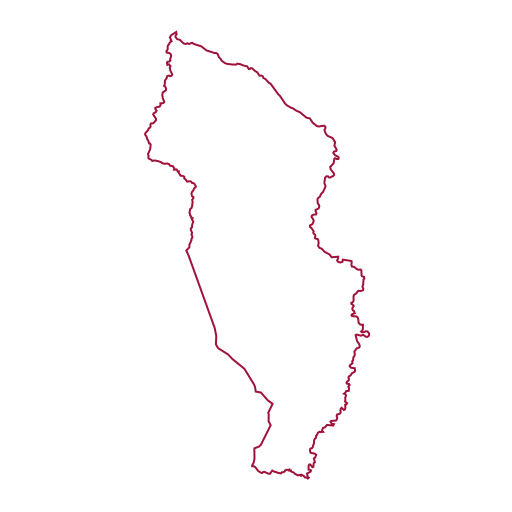 the district of Novo São Joaquim, Mato Grosso, Brazil, rotated 273°
{"feature_id": "56859067B6614921382651", "entity_name": "Novo São Joaquim", "entity_type": "district", "adm_level": 2, "iso_a3": "BRA", "parent_name": "Brazil", "parent_adm1": "Mato Grosso", "projection": "mercator", "projection_center": [-53.275, -15.062], "detail": "fine", "context": "isolated", "style": "outline", "palette": "rose", "viewbox_px": 512, "rotation_deg": 273, "n_neighbors": 0, "source": "geoboundaries", "source_scale": "gbopen_adm2", "svg_char_len": 6076}
<svg xmlns="http://www.w3.org/2000/svg" viewBox="0 0 512 512"><g transform="rotate(273 256 256)"><path d="M462.5,190.4L464.5,182.7L465.6,181.1L464.2,177.9L464.9,176.1L464.2,175.3L464.1,173.9L464.5,172.6L467.9,168.6L468.4,166.0L470.5,164.1L472.1,164.2L473.2,165.1L475.5,164.6L472.2,159.9L469.9,158.5L467.8,159.7L466.8,159.6L466.1,160.4L464.5,158.6L462.9,158.1L461.8,157.1L460.5,156.8L457.8,157.0L455.7,155.8L454.5,156.1L454.0,159.2L452.8,160.5L451.0,160.8L448.0,159.9L446.7,160.3L445.6,159.3L445.5,157.9L444.7,157.0L443.4,157.1L442.2,157.5L442.9,158.9L441.1,160.7L439.7,160.0L436.6,160.8L432.9,162.9L431.7,162.4L431.0,160.8L431.6,159.7L431.1,158.1L428.9,157.4L426.4,155.9L422.5,155.9L421.1,155.3L420.3,156.6L418.0,157.5L416.7,157.3L414.5,154.3L411.8,154.0L408.6,154.7L405.2,156.3L403.8,155.4L403.4,152.5L401.8,152.8L400.1,151.9L399.5,149.1L398.5,147.6L397.1,148.0L396.0,149.1L394.7,148.6L393.1,146.3L392.0,145.9L387.7,149.0L386.3,149.0L383.2,146.5L382.8,144.1L381.5,143.7L379.7,143.9L378.6,143.4L377.7,142.1L376.1,141.7L372.8,139.0L371.5,138.9L369.1,140.7L367.4,141.0L365.8,142.3L362.8,143.3L362.8,144.3L361.6,145.0L357.0,144.7L352.2,142.8L350.2,143.5L348.9,143.3L347.8,143.6L346.4,146.8L345.5,147.4L346.1,149.8L345.7,152.8L344.7,156.5L343.9,157.1L343.3,159.8L343.7,162.5L343.3,164.2L341.7,165.5L341.3,168.4L339.2,169.8L337.9,169.6L338.3,172.2L336.2,173.5L336.4,174.5L335.4,174.3L332.3,176.4L332.1,178.7L331.5,180.2L329.5,180.4L328.8,181.7L326.7,183.3L327.2,186.0L326.9,187.3L325.5,188.4L325.5,189.7L324.8,190.8L322.9,192.0L322.0,192.4L320.1,190.6L318.1,189.9L316.2,188.5L314.9,188.3L312.5,188.9L311.7,190.3L310.7,190.5L308.7,189.3L306.3,190.0L304.7,189.6L303.3,189.8L300.4,189.0L299.4,187.8L295.5,187.3L294.3,188.0L293.0,188.1L292.1,189.2L290.8,189.3L290.5,190.7L289.1,190.2L287.1,191.5L283.7,190.6L281.1,190.5L280.2,189.5L279.1,189.4L275.7,191.0L274.1,190.4L272.8,191.2L271.2,191.5L269.9,190.7L268.4,190.7L263.7,188.9L261.2,189.0L257.8,186.1L253.1,188.6L182.0,218.5L174.1,220.5L165.7,220.6L162.5,222.6L161.5,223.8L156.3,233.2L151.9,237.8L142.8,250.3L127.7,260.7L125.2,261.9L120.6,262.8L119.9,268.1L112.4,275.4L109.3,280.3L100.0,276.4L98.6,277.0L91.7,277.2L87.8,279.5L67.8,270.8L66.0,269.2L63.8,264.4L53.6,265.1L49.5,264.5L46.9,263.2L45.8,263.2L45.9,264.9L44.8,266.6L41.4,269.5L39.8,272.4L39.7,273.6L40.7,274.6L40.8,275.9L39.2,280.0L39.3,281.3L42.6,283.5L41.4,286.1L41.3,287.8L40.7,288.6L40.2,292.3L41.4,293.2L41.5,294.5L42.3,295.9L43.4,296.3L44.1,297.6L44.1,299.4L44.5,300.4L43.4,300.5L43.7,302.0L42.7,302.2L41.6,305.2L40.7,306.0L39.1,309.4L39.8,311.5L38.9,312.4L39.9,313.1L38.6,315.5L37.5,316.4L37.3,318.2L36.5,319.5L37.3,320.3L38.1,319.3L41.4,318.3L43.6,321.9L44.8,322.1L45.3,321.3L45.4,319.7L49.5,319.5L50.5,320.0L50.7,321.1L48.0,323.4L48.5,324.3L52.3,324.5L53.2,325.6L56.9,324.4L57.8,325.6L60.7,326.5L61.7,325.0L62.3,320.9L64.5,320.0L66.4,320.3L67.0,321.9L68.3,322.8L70.0,323.0L71.6,323.7L75.2,323.7L76.7,324.4L77.7,325.5L79.6,325.4L80.6,326.3L82.6,327.0L83.8,328.5L83.5,329.9L83.9,332.1L84.9,331.0L87.8,331.9L88.5,333.8L91.0,335.8L90.7,342.0L92.2,342.6L92.3,340.5L94.4,339.0L95.2,339.7L95.8,344.3L96.8,345.2L98.9,345.6L100.4,344.9L102.0,345.3L102.7,347.5L103.4,348.4L104.6,348.8L106.1,348.3L108.0,348.7L108.9,349.5L106.8,351.8L107.5,352.9L109.1,353.2L112.2,352.8L112.6,354.1L113.7,354.7L115.4,352.5L117.0,352.8L119.0,352.5L121.4,353.2L122.7,352.5L123.1,351.1L124.3,352.4L125.9,353.2L126.2,355.7L129.1,355.8L130.4,355.0L132.1,356.3L133.1,355.6L133.2,353.6L134.1,353.0L135.2,353.4L136.4,354.9L137.3,355.3L139.8,354.7L141.0,355.5L141.7,356.7L144.1,358.1L145.4,360.4L146.5,361.0L149.1,360.5L149.3,357.3L149.7,356.4L150.5,355.4L151.7,355.4L154.0,358.0L155.8,357.6L157.2,358.4L160.0,358.6L161.5,359.6L163.1,359.8L165.7,359.3L169.0,361.3L169.9,363.7L171.3,364.4L173.5,363.6L176.1,361.5L182.2,359.6L182.8,360.8L181.9,364.9L182.9,367.1L181.1,370.0L181.0,371.3L182.0,372.7L183.0,373.1L184.6,373.0L186.5,371.3L186.5,369.4L185.5,367.3L185.4,365.7L186.0,364.9L186.9,365.9L188.5,366.5L193.0,366.4L192.8,364.7L193.2,363.5L194.6,362.0L198.8,361.3L199.9,360.7L200.9,359.5L201.0,355.1L202.1,354.4L202.9,355.1L204.0,357.6L206.2,356.8L206.8,355.6L208.1,355.0L209.3,355.1L211.1,356.2L212.5,355.1L213.1,353.8L214.1,353.6L215.2,355.2L216.5,355.8L221.1,355.5L222.4,356.0L223.9,358.1L226.5,359.8L226.7,363.3L227.6,364.8L228.9,364.9L230.9,363.9L232.7,364.5L238.3,364.6L239.2,365.4L240.8,365.0L241.3,362.9L242.3,362.4L247.1,362.0L248.0,361.1L247.6,358.8L248.3,357.2L250.2,354.7L250.5,352.2L252.6,351.7L254.6,351.9L256.0,351.6L256.9,342.9L254.7,342.6L253.9,340.5L254.3,338.9L254.9,337.8L255.8,337.2L257.6,338.0L259.6,338.1L258.7,331.6L261.3,329.5L263.8,324.2L266.8,321.1L267.4,319.0L269.5,317.4L272.1,317.9L275.1,317.4L276.2,316.6L276.5,314.4L277.3,313.9L279.5,314.2L280.5,313.8L281.3,312.5L282.2,312.0L283.7,312.3L286.7,310.0L287.9,308.4L289.5,308.4L290.7,310.6L293.5,311.7L294.7,311.7L298.1,309.4L299.3,309.7L300.3,311.2L300.6,313.7L301.5,314.2L304.2,313.1L305.2,313.1L306.1,315.1L307.3,316.3L308.7,316.6L310.2,316.3L311.8,314.9L315.9,314.4L317.1,315.0L318.3,316.5L321.6,317.9L323.3,319.5L328.5,321.6L329.5,321.7L332.7,320.4L337.8,320.9L339.3,322.2L339.3,323.7L338.3,324.8L338.2,325.8L340.0,329.0L341.2,329.8L342.7,329.3L346.4,326.1L348.8,325.4L352.7,328.7L357.0,329.1L357.8,329.8L357.0,331.6L357.2,333.2L358.6,333.4L359.5,332.7L360.7,329.8L362.9,327.8L364.3,328.3L365.1,330.7L366.4,331.0L370.2,328.5L373.8,329.1L377.8,326.2L379.7,321.3L381.4,319.6L384.4,318.0L385.8,317.9L387.6,318.7L388.8,318.3L389.6,317.5L389.5,315.6L388.6,312.2L388.9,310.1L392.0,305.7L396.2,302.6L396.8,299.1L401.8,292.5L403.2,288.7L405.3,285.3L406.1,282.8L408.1,279.0L409.8,277.0L417.1,271.6L418.8,269.6L428.8,261.6L429.4,260.0L433.1,256.3L434.2,254.0L435.8,253.4L436.4,252.2L436.3,250.0L439.6,247.5L440.8,245.2L442.9,242.7L443.4,241.8L443.3,240.9L442.4,240.0L442.4,239.0L444.9,237.2L445.7,232.9L446.7,230.5L447.1,227.2L446.1,226.2L446.0,222.6L446.3,217.4L446.9,215.1L449.1,211.6L450.7,210.6L452.7,208.5L455.6,207.2L456.6,205.7L456.6,203.7L458.7,195.8L462.5,190.4Z" fill="none" stroke="#9f1239" stroke-width="2"/></g></svg>